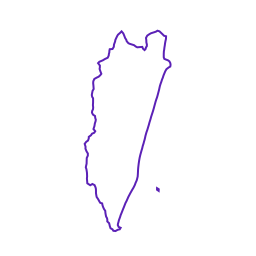 outline of Maricá, Rio de Janeiro, Brazil, rotated 290°
{"feature_id": "56859067B86617442862641", "entity_name": "Maricá", "entity_type": "district", "adm_level": 2, "iso_a3": "BRA", "parent_name": "Brazil", "parent_adm1": "Rio de Janeiro", "projection": "mercator", "projection_center": [-42.819, -22.929], "detail": "fine", "context": "isolated", "style": "outline", "palette": "violet", "viewbox_px": 256, "rotation_deg": 290, "n_neighbors": 0, "source": "geoboundaries", "source_scale": "gbopen_adm2", "svg_char_len": 2930}
<svg xmlns="http://www.w3.org/2000/svg" viewBox="0 0 256 256"><g transform="rotate(290 128 128)"><path d="M98.3,92.7L95.9,94.5L94.0,95.1L91.9,97.0L90.3,99.0L88.3,99.7L85.7,99.5L82.7,100.5L80.3,101.3L78.6,101.5L76.6,101.8L75.1,103.0L73.3,104.0L71.8,104.8L70.3,105.4L68.6,106.1L66.4,106.7L62.1,108.7L61.3,112.1L63.2,113.7L62.9,116.1L61.1,117.8L59.7,118.7L58.0,119.4L55.8,120.2L54.2,121.1L52.5,122.1L50.9,124.3L49.3,126.1L48.2,127.5L48.3,129.5L46.8,130.4L45.5,131.4L43.8,133.0L42.3,135.0L40.7,135.7L39.1,136.6L37.3,137.7L36.0,139.2L34.6,140.0L33.1,140.5L32.1,142.8L29.4,144.6L27.8,145.9L27.5,148.0L26.4,149.4L26.9,151.5L28.8,153.1L30.0,154.9L31.7,155.2L31.8,153.1L33.3,151.6L34.8,151.3L36.5,151.2L38.1,151.0L40.0,151.0L41.7,151.0L43.5,150.9L46.1,151.0L50.0,151.1L52.1,151.2L56.7,151.3L58.8,151.6L61.9,151.8L63.4,151.9L65.6,152.2L67.8,152.5L71.4,153.1L73.4,153.5L74.9,153.7L76.8,153.9L79.2,153.9L81.7,154.1L83.8,153.9L85.7,153.7L87.8,153.1L90.1,152.4L92.3,151.7L94.5,151.1L96.2,150.7L97.9,150.3L99.8,149.9L101.8,149.5L104.2,149.1L106.6,148.8L109.0,148.6L111.6,148.4L113.7,148.3L116.1,148.0L118.8,147.9L120.7,147.7L122.6,147.6L124.4,147.4L126.5,147.1L129.0,146.9L130.6,146.8L132.6,146.8L134.4,146.7L136.1,146.6L138.1,146.5L140.2,146.3L142.2,146.2L144.2,146.1L146.5,145.9L149.4,145.8L152.2,145.7L155.3,145.5L157.5,145.3L159.9,145.1L162.3,144.9L164.8,144.8L166.8,144.8L169.4,144.6L172.6,144.3L174.7,144.1L176.9,143.8L178.5,143.6L180.7,143.5L183.0,143.5L185.2,143.4L187.2,143.5L189.5,143.4L191.9,143.5L194.0,143.6L196.4,144.0L198.8,145.5L200.2,146.7L201.9,146.4L203.4,145.6L204.8,144.1L205.3,142.3L205.3,140.4L205.4,138.5L206.7,137.4L210.0,136.2L212.3,135.5L214.0,135.2L216.1,134.7L218.3,134.3L220.0,133.9L222.3,133.5L224.7,133.2L227.2,132.4L227.0,130.3L228.0,128.2L229.6,124.5L229.5,122.4L228.2,121.4L227.2,120.2L226.2,118.9L224.9,117.2L223.5,116.0L221.4,114.5L218.8,114.1L216.9,115.1L214.7,116.0L212.9,117.2L211.3,117.7L209.8,117.3L208.3,117.5L206.9,116.9L207.7,114.9L209.1,113.7L208.1,111.5L207.0,109.1L207.2,107.5L207.9,105.3L207.8,103.1L207.7,101.0L207.8,99.4L209.1,97.1L210.4,96.1L211.5,94.6L213.8,92.6L215.3,91.2L216.6,88.9L214.6,88.0L212.3,86.7L210.8,86.4L208.8,86.2L206.4,86.0L204.9,86.3L203.4,86.3L201.6,86.3L199.4,86.9L196.9,86.4L195.8,83.9L194.2,84.1L192.6,84.6L191.1,84.7L189.5,85.1L187.1,84.9L184.9,82.7L183.0,81.2L181.7,79.8L180.4,78.4L178.7,77.7L177.1,80.2L175.4,80.8L173.8,81.1L171.9,82.6L169.8,84.4L168.2,83.9L166.2,82.9L164.7,81.4L162.6,79.6L160.1,79.4L158.3,79.9L155.8,81.1L152.9,82.4L150.8,82.0L148.3,82.4L146.6,82.7L145.0,83.7L144.0,85.0L141.9,85.8L139.6,86.6L137.5,87.2L135.5,88.2L133.7,88.7L131.7,88.5L130.1,88.9L128.6,90.5L128.0,92.9L126.2,93.8L124.8,94.9L123.3,95.2L120.9,95.3L118.3,95.8L115.2,95.9L113.8,98.3L112.0,97.9L110.3,96.1L108.5,95.7L106.3,94.2L104.7,94.7L102.5,94.7L100.8,93.5L98.3,92.7ZM81.0,177.8L81.4,175.9L79.9,176.4L79.4,178.3L81.0,177.8Z" fill="none" stroke="#5b21b6" stroke-width="2"/></g></svg>